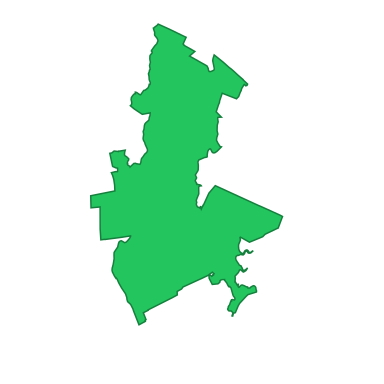 the district of Snagov, Ilfov, Romania, rotated 112°
{"feature_id": "2599482B17655976887004", "entity_name": "Snagov", "entity_type": "district", "adm_level": 2, "iso_a3": "ROU", "parent_name": "Romania", "parent_adm1": "Ilfov", "projection": "natural_earth1", "projection_center": [26.137, 44.692], "detail": "fine", "context": "isolated", "style": "filled", "palette": "green", "viewbox_px": 384, "rotation_deg": 112, "n_neighbors": 0, "source": "geoboundaries", "source_scale": "gbopen_adm2", "svg_char_len": 6048}
<svg xmlns="http://www.w3.org/2000/svg" viewBox="0 0 384 384"><g transform="rotate(112 192 192)"><path d="M71.1,180.9L68.9,186.6L68.7,186.6L66.3,193.5L64.6,197.9L63.3,201.6L62.6,204.3L60.0,211.5L57.2,220.7L56.6,222.8L60.3,222.5L62.5,222.0L68.7,217.9L69.9,217.3L71.0,217.5L72.9,219.3L73.5,220.2L73.8,221.3L72.7,222.5L71.3,223.3L69.5,225.3L66.9,245.2L60.6,242.0L59.0,254.3L58.8,254.6L58.3,254.9L58.1,255.7L50.8,255.4L49.5,274.4L49.0,286.3L50.4,286.7L53.5,288.6L54.2,288.8L54.5,289.2L55.6,288.5L57.8,286.5L60.2,285.6L60.8,285.1L62.6,281.9L63.5,281.0L64.4,280.3L65.0,280.1L66.4,280.3L67.0,280.1L67.5,280.1L70.6,281.3L75.7,282.5L76.5,282.5L77.1,281.4L77.9,281.1L80.9,282.0L81.5,282.0L84.3,281.0L85.6,280.3L87.2,279.2L90.8,278.7L93.9,276.7L94.9,277.1L96.4,276.7L98.7,276.7L100.7,275.3L104.0,273.7L106.2,271.6L107.3,271.3L108.0,271.2L108.2,272.0L110.1,271.7L111.9,271.8L114.5,273.2L115.2,273.7L115.8,274.7L116.3,274.9L121.0,276.0L121.3,276.5L121.1,277.9L120.5,280.3L120.5,281.5L120.7,282.0L122.1,281.3L122.4,282.0L123.3,282.6L124.8,283.1L127.1,283.6L129.1,283.1L131.4,281.5L133.0,280.9L133.8,280.9L135.1,281.5L136.7,276.5L138.6,267.2L134.3,260.4L136.8,259.6L138.6,259.6L141.0,259.0L141.7,259.0L145.2,260.8L146.8,261.2L148.4,261.0L151.9,260.0L154.1,260.0L156.7,258.4L160.5,257.5L161.4,257.0L162.5,256.1L163.7,254.5L165.5,253.1L168.9,249.5L170.6,248.7L172.0,248.8L172.8,249.1L174.6,250.0L177.9,250.7L179.8,251.3L181.0,251.2L184.0,250.5L185.6,250.6L185.9,250.7L186.3,252.8L186.6,254.0L186.5,255.0L187.3,256.6L191.8,258.7L191.6,258.8L191.6,259.4L191.1,260.7L191.2,261.3L190.3,262.4L189.7,262.3L189.4,262.8L188.3,263.0L186.9,263.0L186.0,262.7L184.9,263.1L184.4,264.3L184.4,264.8L184.1,265.1L183.7,266.0L183.7,267.2L182.9,268.5L180.5,269.3L178.2,269.6L181.1,274.3L181.6,275.4L182.0,275.3L183.2,279.6L185.8,281.0L186.9,282.7L197.9,275.3L198.1,274.9L198.1,272.9L198.2,272.0L197.8,269.9L200.8,268.7L201.1,268.8L201.8,270.6L204.3,274.0L206.4,271.8L209.7,269.2L214.7,266.3L219.9,263.9L233.4,284.5L244.5,279.7L240.3,271.6L260.7,263.3L270.5,258.6L268.5,255.0L268.6,254.8L268.1,254.0L260.5,240.5L255.7,232.5L256.2,232.3L257.7,232.4L259.4,232.8L262.7,234.0L263.4,234.5L264.2,235.5L263.7,238.8L263.7,239.4L264.6,240.4L265.6,240.9L267.1,240.9L270.9,240.3L276.6,241.5L277.5,241.5L279.7,240.7L283.1,239.2L288.9,237.9L292.4,237.5L294.4,236.9L295.9,235.9L299.1,232.3L300.5,230.2L300.1,230.1L301.0,228.6L303.7,225.9L307.3,221.4L311.3,215.5L314.3,212.9L315.9,212.1L317.8,210.6L319.2,206.8L322.4,203.1L324.2,201.6L335.0,191.4L329.4,186.8L328.5,187.5L327.6,186.8L322.2,191.9L318.1,188.3L317.8,188.6L297.5,170.8L293.0,167.1L289.8,168.5L285.8,165.3L283.5,164.8L269.9,152.0L269.6,152.1L269.8,151.9L268.9,151.0L263.0,145.6L262.4,145.3L265.7,143.7L270.1,138.6L267.4,133.5L265.3,132.4L264.0,132.8L263.8,132.5L263.1,132.5L262.0,131.4L261.0,129.0L261.5,128.9L263.4,125.6L264.8,124.1L265.9,122.7L265.5,122.5L265.9,121.5L265.6,121.3L266.3,120.0L272.2,115.4L273.0,114.6L274.0,112.8L275.2,112.0L276.1,112.1L276.4,112.6L276.5,114.1L277.1,115.0L277.9,115.1L278.0,114.6L278.3,114.4L279.3,115.1L282.5,114.9L284.5,115.4L285.8,115.1L287.1,115.1L287.7,114.7L288.4,113.4L288.3,112.8L287.9,111.9L287.7,110.7L288.7,108.9L289.1,108.7L291.9,108.5L291.8,107.8L288.6,108.2L288.2,107.2L287.6,106.6L280.2,106.5L277.4,106.1L268.7,102.8L266.2,101.7L260.6,94.8L259.5,95.1L258.8,95.8L256.5,97.2L255.9,98.3L255.7,99.0L255.8,99.8L256.5,100.6L258.3,102.0L259.4,102.4L260.1,104.1L259.2,104.9L259.5,105.5L259.5,106.7L259.3,108.5L259.4,110.3L259.4,110.7L260.0,111.5L261.8,112.4L262.5,112.4L262.9,112.9L262.6,113.6L262.1,114.0L260.7,114.3L260.2,114.5L260.3,114.8L261.4,115.1L261.4,115.3L258.9,118.3L259.1,118.5L255.7,119.6L254.0,120.6L249.5,118.9L248.1,118.7L246.7,118.8L246.3,118.5L246.0,117.9L246.2,116.8L246.9,115.0L246.9,114.2L244.7,112.6L242.3,112.1L242.2,112.3L242.6,112.4L245.0,114.0L245.2,114.5L245.3,115.3L244.9,115.9L243.8,116.9L243.9,117.0L243.4,117.5L243.7,117.9L243.3,117.6L243.1,117.8L243.4,118.1L243.0,117.9L242.8,118.1L243.1,118.4L242.8,118.2L242.2,118.7L242.0,120.9L241.2,121.8L239.7,124.1L238.4,125.8L237.1,126.7L235.6,127.0L235.0,126.9L233.7,126.1L233.3,125.0L231.8,123.8L231.2,121.0L230.1,120.4L229.0,120.2L227.5,120.3L226.6,119.7L226.1,119.1L227.2,117.6L227.5,116.9L227.2,115.8L226.6,114.8L226.0,114.4L224.1,113.5L224.0,113.8L225.9,114.9L226.4,115.3L226.5,115.7L226.1,117.3L225.4,118.0L225.2,118.6L225.1,119.4L225.8,120.3L226.9,121.0L229.4,121.3L230.1,121.9L230.0,123.7L229.5,124.8L229.5,125.3L227.4,127.3L224.8,128.6L223.2,129.1L218.3,129.1L217.4,129.9L216.4,129.9L216.3,130.4L216.1,130.4L215.8,130.3L215.8,129.7L217.0,119.9L207.0,109.7L203.8,108.4L193.7,99.2L193.2,98.6L180.8,98.9L180.5,101.4L179.6,122.8L179.6,125.1L177.4,172.8L186.7,175.9L199.9,176.5L200.6,176.6L200.5,176.8L204.3,177.0L203.3,177.7L203.3,177.9L203.1,178.1L203.0,177.9L202.3,178.4L202.4,178.7L203.5,178.4L203.9,178.6L203.9,178.8L203.7,178.9L203.8,181.3L203.4,181.9L202.1,183.2L201.5,183.5L199.8,183.7L198.5,184.8L196.9,185.0L191.2,185.0L185.0,187.6L183.4,187.3L183.1,186.1L182.8,185.7L182.5,186.2L182.4,187.1L182.9,189.7L182.6,190.5L182.9,190.6L182.5,191.0L182.3,190.9L182.0,191.2L181.4,191.9L181.2,192.5L180.2,193.3L177.2,193.0L174.9,195.3L170.1,194.5L169.0,194.6L164.9,196.1L161.9,197.8L159.7,197.7L158.9,196.8L158.4,196.6L158.3,196.2L155.5,193.5L154.2,191.5L153.7,191.1L151.6,191.9L148.5,192.6L146.7,192.4L145.5,191.8L145.2,191.3L145.3,190.6L145.9,190.1L147.4,188.4L147.8,187.2L147.5,186.2L146.8,185.3L144.8,184.0L139.1,181.6L139.1,181.8L139.5,182.2L139.2,183.1L137.0,186.3L134.8,188.7L132.3,189.4L128.6,189.7L125.8,191.7L120.6,193.6L117.2,194.0L114.5,195.6L113.2,196.0L112.9,195.7L111.6,192.8L108.6,199.6L101.3,200.1L99.8,200.1L99.1,200.0L97.1,200.5L89.1,201.0L88.9,185.6L87.3,185.1L86.2,184.5L81.6,184.6L79.6,184.4L77.6,184.7L73.2,184.0L72.7,183.8L73.4,181.8L72.9,181.6L72.7,181.1L72.2,181.1L72.0,180.8L71.1,180.9ZM262.4,145.3L259.2,143.4L258.7,142.9L259.2,142.2L259.4,141.2L259.7,141.4L260.0,141.1L260.8,141.6L261.0,141.1L262.7,142.1L262.4,143.2L262.4,145.3Z" fill="#22c55e" stroke="#15803d" stroke-width="1.5"/></g></svg>